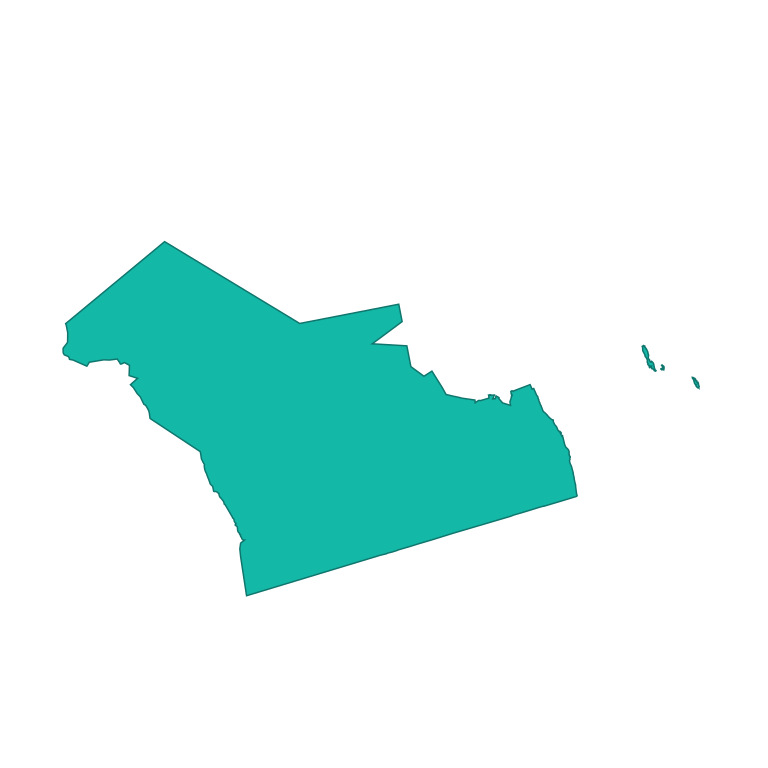 the district of Tijuana, Baja California, Mexico, rotated 169°
{"feature_id": "50627088B36536609271858", "entity_name": "Tijuana", "entity_type": "district", "adm_level": 2, "iso_a3": "MEX", "parent_name": "Mexico", "parent_adm1": "Baja California", "projection": "orthographic", "projection_center": [-117.002, 32.378], "detail": "fine", "context": "isolated", "style": "filled", "palette": "teal", "viewbox_px": 768, "rotation_deg": 169, "n_neighbors": 0, "source": "geoboundaries", "source_scale": "gbopen_adm2", "svg_char_len": 6006}
<svg xmlns="http://www.w3.org/2000/svg" viewBox="0 0 768 768"><g transform="rotate(169 384 384)"><path d="M572.2,565.6L685.0,504.0L684.7,502.3L684.7,494.6L686.5,486.0L686.7,485.5L687.2,484.7L691.8,480.7L692.1,480.3L692.3,479.8L692.9,476.3L692.9,475.5L692.4,473.9L691.7,473.2L689.1,471.6L688.6,471.0L688.3,470.4L688.1,469.7L688.0,468.2L684.6,466.8L672.3,458.2L669.1,461.6L654.5,461.2L648.9,459.9L641.1,459.4L639.3,455.2L639.1,454.2L638.7,453.8L637.7,453.8L634.7,454.6L630.3,450.9L632.6,440.9L624.8,436.6L633.0,431.7L630.7,428.3L628.1,421.7L625.7,417.9L623.6,410.0L622.3,408.8L621.6,407.6L620.2,403.3L619.9,400.8L620.2,394.8L577.3,352.7L577.3,349.0L577.4,348.2L577.5,345.2L576.9,343.2L576.7,342.2L575.6,339.1L576.0,338.3L576.2,337.4L576.1,336.3L576.3,335.4L576.1,332.7L575.2,329.3L575.1,327.9L574.2,323.2L573.6,318.9L571.7,316.1L571.7,311.4L571.6,311.1L571.2,310.8L570.0,310.7L569.3,310.4L568.0,309.3L567.9,308.9L566.9,307.9L567.1,306.9L567.0,306.3L567.0,305.6L566.5,303.8L566.0,303.5L565.6,302.5L564.3,300.2L563.9,299.1L563.7,297.7L563.8,296.7L563.3,296.2L563.1,295.8L562.8,295.4L558.6,283.3L558.2,282.4L558.2,281.4L557.3,280.5L557.1,279.2L557.2,278.1L557.0,277.3L556.7,276.5L555.9,275.4L555.9,275.1L556.7,274.7L556.8,274.5L556.7,274.1L556.9,273.6L555.6,272.5L555.3,272.0L555.4,270.0L555.6,268.7L555.5,267.0L555.0,265.9L554.5,265.4L554.5,264.6L554.0,264.0L554.2,263.6L553.6,263.2L553.8,262.3L553.8,261.7L553.1,260.2L553.1,259.4L552.6,258.3L552.1,258.0L551.8,257.5L550.8,257.4L551.5,256.9L554.6,255.5L555.2,254.9L557.0,249.6L557.7,241.7L559.3,202.4L420.6,216.6L413.9,216.9L412.7,217.3L408.2,217.5L402.9,218.1L401.9,218.4L388.1,219.7L382.0,220.4L366.4,221.9L344.8,224.3L284.8,230.0L281.8,230.6L265.2,232.2L256.4,233.2L250.5,233.7L250.4,233.5L234.1,235.1L216.7,236.9L216.1,237.1L215.7,237.6L215.9,238.6L215.8,241.8L215.4,247.3L215.2,247.9L215.4,251.6L215.4,255.0L215.2,256.1L215.4,256.8L215.3,257.4L215.4,259.7L215.2,260.3L215.7,267.3L216.5,270.6L216.6,273.3L215.8,274.4L215.8,275.7L215.2,276.4L215.1,277.5L215.7,278.0L215.8,278.6L215.6,279.1L215.5,279.9L215.8,280.4L215.3,281.6L215.2,282.2L215.4,283.8L216.2,285.4L217.6,287.3L217.8,288.4L218.1,289.3L218.3,291.8L218.5,297.1L218.6,297.6L219.2,298.4L219.2,299.1L218.6,299.1L218.7,299.4L219.4,299.7L220.0,300.9L220.0,301.3L219.6,301.7L220.0,301.9L219.8,302.2L220.1,302.2L220.3,302.6L220.3,302.9L219.9,303.1L219.9,303.3L220.2,303.4L220.3,303.6L220.6,303.3L220.9,303.7L220.9,304.2L221.5,304.5L222.1,305.7L222.5,307.9L222.8,309.1L223.2,309.9L224.1,311.3L225.0,314.6L225.0,315.2L224.7,316.0L224.7,316.3L226.1,317.1L226.9,318.0L228.8,320.5L228.8,320.8L229.6,321.9L229.8,322.6L230.3,323.1L230.5,323.6L231.0,324.3L231.9,325.5L232.4,326.0L233.0,327.0L233.2,327.5L233.1,327.9L233.4,328.9L233.5,330.3L233.8,331.1L233.9,332.3L234.0,332.8L234.3,333.1L234.3,333.9L234.6,334.8L234.7,335.6L234.6,336.0L235.0,336.7L235.2,338.8L235.1,339.2L235.3,339.9L235.5,341.0L235.5,342.4L236.3,343.8L237.9,351.0L239.6,350.7L240.7,355.5L255.7,352.9L257.8,352.5L258.7,352.1L259.6,353.0L260.9,352.5L261.0,349.8L260.7,349.7L260.8,348.5L260.7,348.5L260.9,348.2L260.7,347.9L261.6,347.0L261.7,346.1L263.8,342.5L263.9,338.9L271.4,342.9L271.6,343.6L273.8,347.3L273.8,347.9L274.2,348.3L273.8,348.8L276.3,350.9L276.5,350.6L276.2,350.4L277.7,348.3L278.1,348.5L280.1,348.6L277.8,352.1L281.5,352.6L281.3,353.0L281.7,353.2L283.5,353.2L283.4,352.6L283.7,350.1L292.6,349.3L292.8,349.5L294.3,349.8L298.1,348.2L297.8,350.9L310.7,355.4L311.9,356.1L319.0,359.1L325.1,361.9L327.4,369.1L334.5,387.5L343.3,384.0L354.3,395.9L354.3,417.1L387.9,425.7L354.3,441.8L354.3,459.5L455.2,459.5L572.2,565.6ZM118.5,350.4L118.2,350.0L118.3,349.6L118.2,349.5L118.2,349.1L118.3,348.7L118.1,347.9L117.6,347.9L117.0,347.3L116.3,346.1L116.0,345.4L115.1,344.8L114.5,345.0L114.4,345.2L115.2,346.3L115.4,346.8L115.3,347.4L115.5,348.2L115.5,350.6L115.5,350.8L115.4,351.4L115.5,351.6L115.6,351.8L115.5,352.2L115.6,352.4L115.7,353.3L115.9,353.4L116.1,354.0L116.4,354.4L116.7,354.5L116.7,354.9L117.0,355.3L117.3,355.2L117.3,354.7L117.5,354.5L117.8,354.5L118.5,355.0L118.8,356.5L118.7,356.8L118.9,357.0L119.1,357.7L119.4,358.0L119.6,358.8L119.1,361.2L118.9,361.8L118.7,361.9L119.0,362.8L118.9,363.5L119.1,364.2L118.9,364.6L118.9,365.1L119.5,367.1L119.5,367.8L119.7,368.2L119.8,368.4L120.0,368.5L119.9,368.7L120.5,369.7L120.5,369.9L120.8,370.3L120.8,370.5L120.9,370.4L121.0,370.4L121.3,371.4L121.6,371.8L121.4,371.9L121.8,372.2L122.1,371.8L122.4,371.9L122.6,371.8L123.0,371.9L123.4,371.7L123.2,371.0L123.3,369.9L123.3,369.4L123.6,367.8L123.5,366.6L123.2,366.1L123.2,365.5L122.8,364.7L122.8,364.3L122.4,363.1L122.3,361.0L121.6,359.9L121.3,358.7L121.1,358.4L121.0,357.3L120.9,357.0L121.4,355.4L121.4,354.7L121.0,354.0L121.3,352.7L120.7,352.3L120.7,352.1L120.4,351.4L120.3,349.8L120.1,349.3L119.8,349.3L119.6,349.6L119.6,349.9L119.2,350.8L118.8,350.6L118.3,350.6L118.5,350.4ZM76.2,320.5L75.8,320.0L75.8,320.4L75.3,320.9L75.1,321.3L75.3,322.0L75.2,323.0L75.6,324.0L75.5,324.7L75.3,324.7L75.2,324.8L75.4,325.1L75.4,325.4L75.6,326.0L75.8,326.0L75.8,325.9L76.2,326.2L76.3,325.9L76.7,326.7L76.6,327.0L76.9,326.9L77.0,327.1L76.9,327.3L77.1,327.7L77.0,327.9L77.1,328.1L77.1,328.4L77.2,328.6L77.3,329.4L77.6,329.6L77.7,330.1L77.9,330.2L78.0,329.9L78.2,330.5L78.6,330.7L79.2,331.3L79.6,331.2L79.8,331.6L80.1,331.7L80.1,330.9L79.8,330.7L79.9,330.3L79.4,329.5L79.2,328.8L79.3,327.8L79.1,327.3L79.1,325.9L78.9,325.1L78.4,323.9L77.9,323.9L78.0,323.6L77.8,323.4L78.1,322.7L78.0,322.3L77.8,322.1L77.7,321.7L77.1,320.9L77.0,320.6L76.7,320.4L76.2,320.5ZM107.3,345.7L107.1,344.8L106.7,344.5L106.0,346.2L106.0,347.0L106.3,346.9L105.9,347.2L105.9,347.6L106.3,347.7L106.3,348.0L106.5,347.9L107.1,349.3L107.3,349.3L107.3,349.5L107.6,349.5L107.5,349.2L107.8,349.1L107.4,348.6L107.6,348.6L107.5,348.2L107.3,348.1L107.5,347.1L107.4,346.6L107.6,345.8L107.9,345.7L109.0,346.2L109.3,346.1L109.3,345.8L109.0,345.8L108.9,345.3L108.5,345.6L107.9,345.6L107.8,344.9L107.6,344.8L107.5,345.0L107.7,345.5L107.3,345.7Z" fill="#14b8a6" stroke="#0f766e" stroke-width="1.5"/></g></svg>